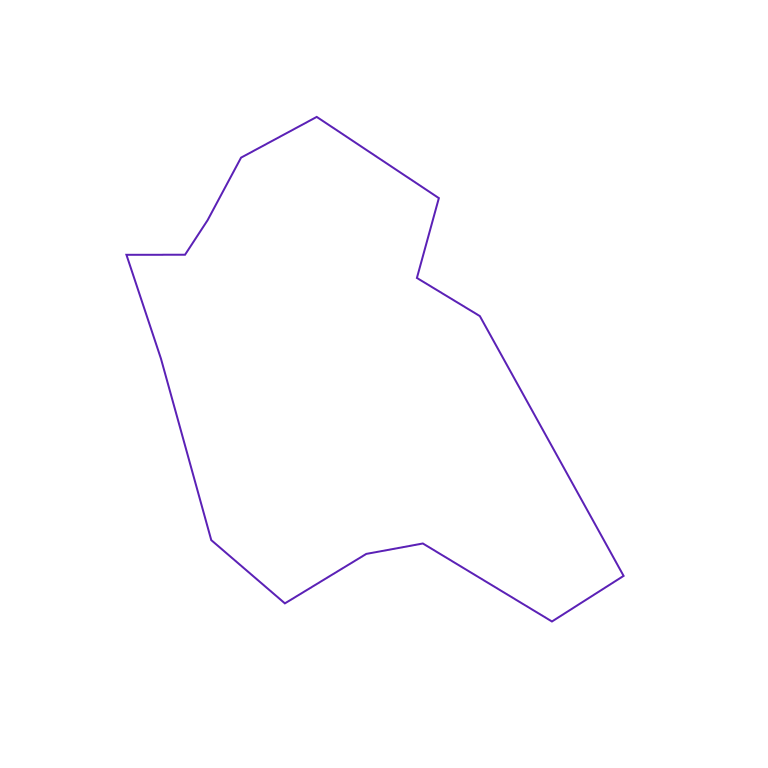 the district of Okapa District, Eastern Highlands, Papua New Guinea, rotated 286°
{"feature_id": "67681753B79464726769716", "entity_name": "Okapa District", "entity_type": "district", "adm_level": 2, "iso_a3": "PNG", "parent_name": "Papua New Guinea", "parent_adm1": "Eastern Highlands", "projection": "equal_earth", "projection_center": [145.505, -6.653], "detail": "fine", "context": "isolated", "style": "outline", "palette": "violet", "viewbox_px": 768, "rotation_deg": 286, "n_neighbors": 0, "source": "geoboundaries", "source_scale": "gbopen_adm2", "svg_char_len": 394}
<svg xmlns="http://www.w3.org/2000/svg" viewBox="0 0 768 768"><g transform="rotate(286 384 384)"><path d="M346.9,162.6L294.2,194.9L186.3,261.0L168.3,300.2L145.8,349.2L215.8,413.8L241.4,465.3L202.0,610.9L265.6,667.2L296.6,636.3L475.7,457.4L495.0,386.4L577.8,385.5L622.2,245.7L562.2,184.2L492.9,169.3L453.4,157.1L437.2,100.8L346.9,162.6Z" fill="none" stroke="#5b21b6" stroke-width="2"/></g></svg>